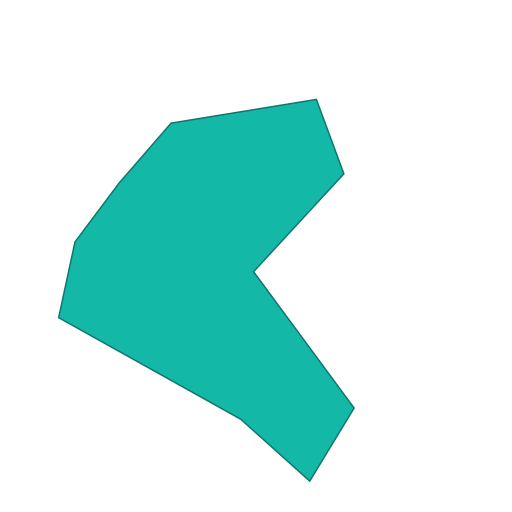 outline of Glacis, rotated 301°
{"feature_id": "SYC-5209", "entity_name": "Glacis", "entity_type": "state/province", "adm_level": 1, "iso_a3": "SYC", "parent_name": "Seychelles", "parent_adm1": "", "projection": "natural_earth1", "projection_center": [55.444, -4.574], "detail": "fine", "context": "isolated", "style": "filled", "palette": "teal", "viewbox_px": 512, "rotation_deg": 301, "n_neighbors": 0, "source": "natural_earth", "source_scale": "10m", "svg_char_len": 300}
<svg xmlns="http://www.w3.org/2000/svg" viewBox="0 0 512 512"><g transform="rotate(301 256 256)"><path d="M90.7,418.0L108.2,327.1L101.5,118.6L174.8,93.6L248.1,101.1L326.2,114.8L421.3,227.1L371.7,289.0L241.3,262.0L176.2,418.4L90.7,418.0Z" fill="#14b8a6" stroke="#0f766e" stroke-width="1.5"/></g></svg>